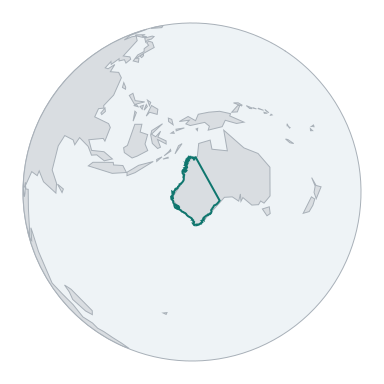 the Earth from above Western Australia, rotated 328°
{"feature_id": "AUS-2651", "entity_name": "Western Australia", "entity_type": "State", "adm_level": 1, "iso_a3": "AUS", "parent_name": "Australia", "parent_adm1": "", "projection": "orthographic", "projection_center": [121.445, -24.431], "detail": "fine", "context": "on_globe", "style": "outline", "palette": "teal", "viewbox_px": 384, "rotation_deg": 328, "n_neighbors": 0, "source": "natural_earth", "source_scale": "10m", "svg_char_len": 10867}
<svg xmlns="http://www.w3.org/2000/svg" viewBox="0 0 384 384"><g transform="rotate(328 192 192)"><circle cx="192" cy="192" r="169" fill="#eef3f6" stroke="#a8b0b8"/><path d="M330.5,199.5L330.3,200.8L330.2,200.9L330.5,199.5ZM346.0,122.4L345.6,121.6L346.0,122.4ZM249.5,33.1L249.8,33.3L252.3,34.2L255.4,35.7L253.5,36.6L244.4,31.8L244.9,31.5L249.5,33.1ZM238.5,29.6L238.1,29.5L240.0,30.1L222.8,26.5L215.1,27.2L223.3,28.5L227.3,30.2L225.7,34.6L205.8,40.2L210.9,44.5L210.4,46.9L204.3,47.7L204.8,44.0L199.6,42.2L200.8,40.3L191.1,41.0L192.4,38.4L184.2,40.7L186.1,43.0L194.1,43.0L186.5,46.7L193.2,51.7L192.6,57.7L176.9,68.3L162.9,71.9L161.8,74.2L156.9,71.8L149.3,76.7L157.5,89.8L156.9,94.0L145.1,102.7L145.1,99.5L132.2,93.0L128.9,103.5L138.7,111.2L142.0,121.8L134.1,119.0L130.9,110.0L126.3,107.5L128.1,98.3L125.5,86.3L117.6,89.8L118.8,84.8L114.0,76.7L103.0,82.0L85.1,99.2L81.7,112.9L76.0,120.8L71.5,104.6L73.6,93.1L69.4,96.1L66.9,89.8L55.2,97.6L55.8,95.5L53.1,98.7L51.7,98.9L53.6,95.4L51.7,97.9L47.3,107.2L49.6,104.7L54.7,97.2L52.8,101.5L54.5,102.9L44.4,119.5L30.8,144.1L33.3,134.6L35.0,129.7L39.7,118.8L45.2,108.3L51.4,98.3L58.3,88.7L65.9,79.5L74.1,71.0L82.9,63.0L92.2,55.7L101.9,49.0L112.2,43.1L122.8,37.9L133.8,33.4L145.0,29.7L156.5,26.8L168.2,24.7L179.9,23.5L191.8,23.0L203.6,23.4L215.4,24.7L227.0,26.7L238.5,29.6ZM31.7,138.6L30.5,144.9L29.8,147.3L30.2,148.5L36.4,136.9L35.6,140.6L30.3,161.1L25.1,195.1L28.1,210.0L31.5,224.6L33.3,240.2L38.2,250.4L39.8,257.5L43.3,263.8L47.4,273.0L52.5,283.6L55.8,291.4L52.0,286.4L49.6,282.9L43.2,272.1L37.7,260.9L33.0,249.3L29.2,237.3L26.3,225.1L24.3,212.8L23.2,200.3L23.1,187.8L23.9,175.2L25.6,162.8L28.2,150.6L31.7,138.6ZM66.1,79.3L67.6,77.7L70.8,74.3L66.1,79.3ZM74.7,70.4L74.8,70.3L74.7,70.4ZM103.4,279.3L106.9,281.0L105.2,282.1L103.4,279.3ZM37.9,210.4L44.5,239.8L42.5,243.2L38.7,236.5L33.9,219.9L35.0,211.8L34.6,203.3L37.9,210.4ZM184.8,148.7L190.1,149.8L189.9,150.6L184.8,148.7ZM179.3,145.7L185.2,146.3L178.3,147.4L179.3,145.7ZM187.6,146.5L193.6,145.5L196.3,144.5L195.8,146.1L187.6,146.5ZM175.3,145.6L153.9,145.4L145.5,143.7L147.4,140.8L160.9,141.1L175.3,145.6ZM146.7,140.7L134.2,133.9L117.9,114.9L123.7,114.3L140.9,125.1L139.8,127.5L147.4,132.9L146.7,140.7ZM177.6,126.4L176.4,133.4L164.5,132.5L159.2,131.4L155.5,122.7L157.5,118.2L161.9,118.3L179.4,104.3L185.4,108.0L179.8,113.7L184.8,119.8L177.6,126.4ZM82.1,114.0L84.5,121.3L81.5,123.6L82.1,114.0ZM186.9,95.2L179.6,100.7L186.4,93.2L186.9,95.2ZM191.2,88.3L191.5,91.2L188.8,88.2L191.2,88.3ZM161.2,77.8L156.5,78.5L156.6,76.7L162.7,74.7L161.2,77.8ZM192.1,63.1L191.3,68.0L190.1,69.6L188.4,66.5L192.1,63.1ZM290.7,259.4L292.4,263.0L287.5,267.3L281.0,270.7L275.0,269.0L290.7,259.4ZM243.0,251.9L242.7,243.7L249.7,245.5L246.9,251.7L243.0,251.9ZM295.3,257.0L299.6,252.2L301.1,243.2L300.7,252.2L304.2,256.0L293.8,263.5L295.3,257.0ZM216.7,213.7L183.8,223.3L176.4,221.0L177.9,215.1L170.6,197.6L173.0,198.0L171.1,186.8L190.4,178.0L204.1,162.3L215.2,164.9L223.4,154.4L234.9,157.6L231.6,166.3L243.8,175.8L251.7,156.4L259.4,182.1L268.4,194.3L271.2,212.3L256.1,236.7L247.2,239.6L245.4,236.0L241.7,238.0L235.8,234.8L232.2,223.7L228.6,225.8L232.0,219.3L226.8,224.5L223.6,217.5L216.7,213.7ZM299.4,196.6L301.1,198.3L303.9,204.8L301.1,202.1L299.4,196.6ZM326.0,200.9L326.8,203.9L325.0,202.8L326.0,200.9ZM330.2,200.9L328.0,199.7L330.5,199.5L330.2,200.9ZM308.4,187.2L309.3,189.4L308.6,189.5L308.4,187.2ZM307.7,186.3L308.8,184.5L308.6,186.9L307.7,186.3ZM299.2,168.5L300.3,167.9L300.8,169.1L299.2,168.5ZM197.8,150.6L205.1,145.6L209.2,145.7L197.8,150.6ZM297.7,165.2L295.0,163.6L295.3,162.5L297.7,165.2ZM297.8,162.5L297.5,160.6L299.2,165.5L297.8,162.5ZM292.7,156.2L296.0,160.7L292.3,156.4L292.7,156.2ZM290.7,155.7L288.3,153.3L288.5,152.9L290.7,155.7ZM264.3,147.4L273.1,160.3L266.1,157.5L258.2,148.8L252.2,152.6L238.5,148.1L241.6,145.4L239.7,139.7L225.7,134.7L222.9,131.0L227.8,129.7L218.6,125.5L228.7,125.9L232.8,133.4L238.5,129.4L248.5,133.2L258.2,138.2L266.2,146.0L264.3,147.4ZM228.8,140.7L230.6,141.0L229.1,142.8L228.8,140.7ZM283.8,147.5L287.3,152.4L286.9,153.0L285.2,151.8L283.8,147.5ZM268.0,145.4L276.5,142.9L278.5,143.8L272.9,148.1L268.0,145.4ZM274.4,138.4L278.4,140.8L280.5,144.8L279.7,145.3L274.4,138.4ZM208.3,130.9L208.0,132.8L205.4,131.0L208.3,130.9ZM211.7,130.3L219.5,133.6L211.0,131.8L211.7,130.3ZM188.3,121.5L190.5,125.9L197.6,123.8L192.2,127.3L197.1,134.9L195.5,137.6L190.6,129.2L189.0,137.3L185.9,136.9L184.1,129.8L187.2,121.7L190.4,118.6L203.2,118.5L188.3,121.5ZM211.6,125.0L209.5,119.8L211.1,116.8L213.3,119.7L211.6,125.0ZM203.6,107.7L198.3,101.9L193.4,103.4L203.5,97.2L206.9,103.7L203.6,107.7ZM199.4,95.9L194.7,97.2L199.6,93.6L199.4,95.9ZM193.6,95.4L193.3,91.9L196.8,92.7L193.6,95.4ZM201.7,96.3L202.9,90.5L204.5,94.1L201.7,96.3ZM192.2,84.4L199.6,90.5L189.7,87.3L190.0,76.9L194.2,77.0L192.2,84.4ZM220.5,51.3L219.9,49.1L223.9,49.3L223.2,50.7L220.5,51.3ZM236.5,49.4L224.8,48.8L215.3,49.0L217.9,50.4L215.3,53.6L211.6,49.7L218.7,47.0L225.8,47.5L227.4,45.1L233.0,44.6L232.6,41.6L235.2,41.0L237.7,44.1L236.5,49.4ZM232.1,40.4L233.5,36.4L240.9,38.7L242.2,40.1L238.5,40.8L234.8,39.5L232.1,40.4ZM236.0,36.2L232.4,35.0L226.9,29.5L227.6,29.0L235.7,33.8L232.8,33.0L232.8,34.2L236.0,36.2Z" fill="#d9dde1" stroke="#a8b0b8" stroke-width="1"/><path d="M210.9,213.9L208.9,214.7L206.5,215.4L205.0,215.4L203.8,215.1L203.4,215.2L202.2,216.0L200.8,216.5L200.4,216.9L199.1,217.2L198.5,217.7L198.2,218.9L197.1,219.9L196.7,219.8L196.2,220.1L196.1,219.8L195.9,219.7L194.8,219.8L194.7,220.0L194.2,219.8L194.0,220.0L193.6,220.1L193.5,219.8L193.4,219.6L192.9,219.8L191.7,219.6L191.3,219.7L189.8,219.8L189.4,220.0L188.5,219.9L188.0,220.1L187.4,220.5L187.2,221.0L187.4,221.2L187.0,221.2L186.9,221.6L186.8,221.4L186.6,221.7L186.3,221.5L185.7,221.5L185.8,221.6L185.4,221.8L185.4,222.0L184.7,222.3L184.6,222.8L184.1,222.9L184.2,223.1L183.9,223.1L183.3,223.2L183.7,223.4L182.9,223.2L182.8,223.5L182.1,223.2L181.7,223.2L181.6,223.3L180.6,223.2L180.4,223.3L179.8,223.1L180.1,223.0L179.8,222.8L179.8,223.0L178.8,222.8L178.6,222.4L177.8,221.7L177.0,221.3L176.8,221.3L176.6,221.5L176.3,221.2L176.2,220.1L176.2,219.1L176.7,219.4L177.1,219.3L177.5,219.0L177.7,218.4L177.9,218.3L177.8,218.0L177.8,218.3L177.8,217.5L177.5,216.5L177.7,216.1L177.6,216.5L177.8,216.8L177.7,216.4L177.9,216.3L177.8,216.1L177.8,215.5L177.6,215.4L177.8,215.3L177.8,215.1L177.7,213.9L176.5,211.6L176.2,211.2L175.8,210.3L175.4,208.9L175.4,207.3L175.0,206.2L174.4,205.4L174.1,204.5L173.1,203.3L172.9,202.6L173.0,202.1L172.6,201.0L171.4,199.2L170.6,198.5L170.1,197.7L170.5,198.0L170.5,197.2L170.6,198.1L170.8,198.4L170.7,197.3L170.8,197.8L170.9,197.7L171.1,198.6L171.2,198.1L171.3,198.9L171.4,198.5L171.6,199.1L171.9,198.9L172.1,198.7L172.1,198.2L171.8,197.9L171.5,197.9L171.2,197.5L171.2,197.0L170.8,196.4L171.0,195.8L171.0,196.1L171.6,196.6L171.7,196.9L171.6,197.8L171.8,197.8L171.9,197.5L171.9,197.0L172.1,197.1L172.1,197.5L172.4,198.3L172.7,198.5L173.0,198.1L172.8,197.1L173.0,197.1L173.0,196.7L172.7,196.5L171.7,194.7L171.4,194.6L171.1,193.5L170.4,192.6L170.5,191.1L170.9,190.2L171.3,189.7L171.2,188.8L171.3,188.5L171.3,188.1L171.2,187.7L170.9,187.6L170.8,187.1L171.8,184.9L172.2,184.8L171.9,185.9L172.0,186.3L172.1,186.8L172.3,186.9L172.5,186.6L172.7,186.8L173.1,185.8L173.0,185.3L173.4,184.8L175.7,183.7L176.0,183.2L176.6,182.9L176.9,182.4L177.4,182.1L177.6,181.7L178.3,181.6L178.9,181.1L179.2,180.7L179.3,180.7L179.2,181.1L179.4,181.3L180.2,180.9L180.2,181.1L180.6,181.2L181.6,181.1L182.1,180.9L182.9,180.1L184.7,179.8L185.5,178.9L185.7,179.0L185.8,178.9L186.5,179.0L186.9,179.2L187.3,178.9L188.7,178.7L190.6,177.9L191.3,177.4L191.9,176.7L192.6,175.5L192.5,175.2L192.9,175.0L192.8,174.8L193.0,174.4L193.3,174.4L194.5,173.4L194.5,173.0L194.0,173.0L194.1,172.8L194.1,172.2L194.0,171.8L194.0,170.9L194.3,170.4L194.9,170.1L194.9,169.9L195.2,170.1L195.1,169.8L195.2,169.5L195.9,169.5L195.7,169.3L195.7,169.0L196.1,168.7L196.5,168.4L196.4,168.5L196.5,168.6L196.4,168.6L196.3,168.9L196.5,169.3L196.8,169.3L196.7,169.5L196.8,169.6L196.8,169.9L197.1,170.2L198.0,171.9L198.0,171.3L198.2,170.7L198.1,170.2L199.0,170.8L198.6,170.2L198.8,170.3L198.8,170.1L199.1,169.7L198.9,169.8L198.6,169.9L198.4,169.4L197.8,169.2L198.1,168.9L197.8,168.9L197.6,168.7L197.8,168.7L197.7,168.6L198.2,168.8L198.2,168.7L197.8,168.5L198.4,168.5L198.2,168.3L198.4,168.4L197.9,168.0L198.0,167.8L198.5,167.7L198.7,167.8L198.7,168.0L198.8,168.2L198.8,168.5L198.9,168.3L199.2,168.4L199.1,168.1L199.0,167.9L199.6,168.1L199.9,168.5L200.2,168.5L200.3,168.3L201.7,168.6L201.2,168.3L200.4,168.3L200.3,167.9L200.5,167.5L200.7,167.8L200.9,167.7L201.0,167.0L201.3,166.8L201.0,166.8L200.6,167.3L200.5,166.8L200.4,167.0L200.3,166.4L200.5,166.2L200.3,165.9L200.5,165.9L201.0,165.9L201.1,165.6L201.2,165.8L201.3,165.5L201.2,165.4L201.2,165.2L201.4,165.3L201.5,165.3L201.6,165.5L201.9,165.5L202.1,165.7L202.0,165.8L202.3,165.8L202.6,166.0L202.3,165.7L202.5,165.4L202.2,165.3L201.9,165.4L202.3,164.9L201.7,165.2L201.6,164.9L201.8,164.7L202.0,164.8L202.2,164.7L202.1,164.4L202.4,164.4L202.3,164.5L202.5,164.6L202.6,164.9L202.5,164.5L202.9,164.9L203.3,164.9L203.2,164.6L203.3,164.5L202.7,164.3L203.0,164.1L202.7,164.0L202.5,163.7L203.0,163.4L202.8,163.3L203.1,163.0L203.1,163.3L203.3,163.1L203.4,163.4L203.6,163.0L203.8,163.2L203.8,162.3L204.2,162.4L204.2,162.6L204.1,163.1L204.0,163.4L204.2,162.8L204.2,163.0L204.6,162.9L204.5,163.3L204.8,163.5L204.8,163.1L205.1,163.1L204.9,162.7L205.2,162.6L205.2,162.3L205.4,162.2L205.4,161.9L205.0,161.8L205.0,161.6L205.3,161.7L205.1,161.4L205.3,161.3L205.5,161.4L205.3,161.7L205.7,161.5L205.5,161.9L205.6,162.1L205.8,162.3L206.0,162.2L205.9,162.0L206.0,161.8L206.3,161.6L206.6,161.5L206.3,161.9L206.5,161.9L206.4,162.0L206.6,162.1L206.7,162.4L206.9,161.9L207.0,162.0L207.1,161.9L207.0,161.6L207.5,161.6L207.2,161.1L207.4,161.0L207.5,161.1L207.4,161.0L207.8,160.9L208.1,161.2L208.0,161.4L208.2,161.7L208.3,161.4L208.4,161.6L208.6,161.4L208.8,161.7L209.1,161.6L209.1,161.9L209.8,162.3L210.5,163.5L211.3,163.9L211.2,164.1L211.2,164.3L210.7,165.6L210.8,165.9L210.7,166.2L210.9,166.0L211.0,165.3L211.4,166.0L211.2,164.9L211.5,164.5L211.6,164.9L211.8,164.9L211.8,164.2L212.2,164.1L213.5,164.5L210.9,213.9ZM170.1,197.1L170.3,197.7L169.5,196.6L169.4,195.9L169.5,195.8L170.0,197.0L170.1,197.1ZM175.5,181.5L175.4,181.8L175.1,181.9L175.4,181.3L175.5,181.5ZM200.9,165.4L201.1,165.6L200.8,165.7L200.6,165.5L200.9,165.1L200.9,165.4ZM202.6,162.8L202.7,163.3L202.4,163.1L202.5,163.2L202.6,162.8ZM211.6,164.4L211.9,164.9L211.6,164.7L211.6,164.4ZM211.0,164.9L211.2,165.2L211.1,165.3L211.0,165.2L211.0,164.9ZM169.7,195.2L169.7,194.5L169.8,194.4L169.7,195.2ZM169.8,194.0L169.8,194.3L169.9,193.6L169.8,194.0ZM200.4,165.2L200.5,165.3L200.2,165.3L200.4,165.2ZM201.9,164.3L201.9,164.5L201.7,164.4L201.9,164.3ZM206.5,161.3L206.8,161.4L206.5,161.4L206.5,161.3ZM177.0,214.6L177.3,214.6L177.0,214.6ZM177.6,215.0L177.6,215.3L177.6,215.2L177.6,215.0Z" fill="none" stroke="#0f766e" stroke-width="2"/></g></svg>